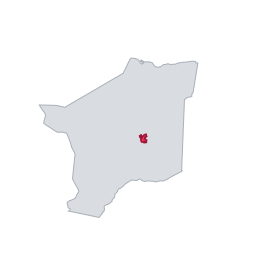 Laikipia West, Rift Valley, Kenya shown in context, rotated 240°
{"feature_id": "3690345B46461276162505", "entity_name": "Laikipia West", "entity_type": "district", "adm_level": 2, "iso_a3": "KEN", "parent_name": "Kenya", "parent_adm1": "Rift Valley", "projection": "robinson", "projection_center": [36.893, -0.075], "detail": "fine", "context": "in_parent", "style": "filled", "palette": "rose", "viewbox_px": 256, "rotation_deg": 240, "n_neighbors": 0, "source": "geoboundaries", "source_scale": "gbopen_adm2", "svg_char_len": 4213}
<svg xmlns="http://www.w3.org/2000/svg" viewBox="0 0 256 256"><g transform="rotate(240 128 128)"><path d="M63.7,153.6L63.7,150.5L64.1,142.6L64.0,135.6L64.4,132.1L65.9,129.9L66.6,128.3L67.1,126.1L67.9,124.3L69.7,122.8L70.0,122.0L71.9,119.5L73.1,116.3L73.9,115.2L75.0,114.2L75.8,113.7L77.0,113.1L78.0,112.8L78.2,112.6L78.3,112.1L77.9,110.1L78.4,109.4L79.0,108.1L79.8,106.9L80.5,106.1L80.9,105.3L81.1,103.9L81.1,102.9L81.1,101.3L80.9,97.7L80.0,94.6L79.6,91.2L79.9,90.0L79.3,88.0L79.0,87.9L78.4,87.5L77.8,85.6L77.3,83.9L77.0,83.4L74.8,81.9L73.8,78.4L72.5,77.6L71.9,74.0L71.8,73.0L72.5,69.5L72.4,68.7L71.7,67.9L69.6,67.2L68.0,65.7L68.2,65.2L68.3,64.7L67.5,64.3L65.0,58.3L68.2,54.6L71.5,51.0L75.7,46.3L79.5,42.0L82.8,38.4L85.8,35.1L85.7,35.7L85.7,36.5L86.1,37.0L86.7,37.4L87.5,37.0L88.3,36.5L89.0,36.4L93.5,37.8L94.2,39.0L94.2,40.2L94.3,41.2L94.0,42.1L93.6,45.0L93.7,47.6L95.1,49.5L96.3,51.0L97.2,53.1L97.9,53.8L98.9,54.1L101.9,54.2L106.5,54.3L110.8,54.4L111.2,54.5L112.1,54.8L116.1,57.7L119.8,60.3L122.9,62.6L125.9,64.8L128.9,66.9L131.1,68.7L133.4,69.3L137.0,69.5L139.6,69.6L141.9,70.3L145.3,71.0L147.9,71.4L149.5,71.8L153.8,72.2L154.5,72.0L156.5,70.0L158.6,66.8L159.4,65.0L162.2,63.2L167.1,60.8L170.5,59.1L174.3,57.3L176.0,58.8L178.4,61.2L179.5,62.4L180.3,63.0L181.6,63.3L183.2,63.3L184.1,63.3L185.8,63.0L190.0,62.7L192.3,62.7L190.3,65.9L188.0,69.8L183.6,76.9L180.3,80.6L177.7,83.4L177.5,83.9L177.5,87.1L177.6,94.8L177.6,110.1L177.7,125.5L177.8,140.9L177.8,148.6L177.8,151.2L180.0,154.4L182.1,157.6L185.0,161.8L186.5,164.0L186.8,164.7L186.7,166.2L184.3,169.4L182.4,170.8L179.8,171.5L179.1,171.3L178.0,170.9L177.6,171.7L177.3,172.8L176.8,172.6L176.3,172.2L176.6,174.3L176.9,175.3L176.5,176.7L175.2,177.9L175.1,179.0L172.4,181.6L168.5,181.9L166.5,183.3L165.6,184.4L164.9,186.7L165.1,190.4L164.0,193.2L163.8,194.6L161.8,196.5L161.0,198.1L160.3,199.8L159.7,200.6L159.1,204.4L158.1,206.7L157.9,207.5L157.6,208.2L156.9,209.5L156.5,210.5L156.1,211.1L153.8,217.0L151.9,219.7L150.5,219.4L149.5,220.4L149.4,220.9L148.9,220.7L147.7,219.7L145.2,217.7L142.8,215.6L140.3,213.6L137.8,211.6L135.4,209.6L132.9,207.6L130.4,205.6L127.9,203.5L126.5,202.4L125.9,201.7L125.4,200.3L125.1,199.9L124.4,199.5L123.7,199.4L123.5,199.1L123.5,198.5L123.7,197.5L124.6,195.6L124.7,194.5L124.6,193.3L124.3,191.3L124.0,190.9L122.4,189.8L119.0,187.7L115.5,185.5L112.1,183.3L108.7,181.2L105.2,179.0L101.8,176.8L98.4,174.6L94.9,172.5L91.5,170.3L88.0,168.1L84.6,166.0L81.2,163.8L77.7,161.6L74.3,159.4L70.9,157.3L67.4,155.1L66.1,154.3L65.0,153.6L63.7,153.6ZM178.0,174.7L177.4,174.9L177.7,173.8L179.5,172.5L180.2,172.8L180.4,173.1L180.3,173.4L180.0,173.6L178.0,174.7Z" fill="#d9dde1" stroke="#a8b0b8" stroke-width="1"/><path d="M115.4,134.6L115.4,134.1L114.8,134.1L114.5,134.1L114.5,133.9L114.4,133.8L114.4,133.7L114.0,133.7L113.2,134.1L113.4,134.8L113.7,134.9L113.4,135.4L113.4,135.5L113.2,135.6L112.9,135.5L112.8,135.4L112.7,135.4L112.4,135.3L112.3,135.2L112.2,135.1L112.2,134.9L112.3,134.8L112.3,134.7L112.2,134.7L112.1,134.4L112.1,134.2L112.1,133.9L112.1,133.7L112.0,133.4L110.8,133.2L110.6,133.2L110.5,132.9L109.8,132.8L109.6,132.7L109.2,132.7L109.1,132.8L109.0,133.0L108.9,133.1L108.7,133.3L108.5,133.5L108.4,133.8L108.4,134.0L108.2,134.3L108.1,134.5L107.9,134.6L107.7,134.6L107.8,134.7L107.7,134.7L107.7,134.8L108.0,135.5L107.1,135.6L106.9,135.6L106.9,135.8L106.7,135.9L106.7,136.0L106.5,136.3L106.4,136.5L106.6,136.6L106.5,136.9L106.7,137.0L106.8,137.1L107.1,137.1L107.8,137.2L108.1,138.1L108.5,137.9L109.0,137.7L109.6,137.5L109.9,137.2L109.9,137.3L110.3,137.2L110.9,137.2L110.9,137.7L111.2,137.8L111.3,137.8L111.4,138.0L111.5,138.2L111.5,138.3L111.6,138.5L111.4,138.7L111.3,138.8L111.2,138.8L111.2,139.1L111.3,139.9L111.6,139.8L111.7,140.0L112.0,140.1L113.0,140.4L113.5,140.6L113.6,140.4L113.6,140.2L113.5,139.9L113.7,139.7L113.8,139.7L113.8,139.3L114.0,138.5L113.9,138.4L113.9,138.2L113.7,138.0L113.7,137.9L113.4,137.7L113.4,137.0L113.3,136.7L113.5,136.5L113.6,136.4L114.1,136.2L114.5,135.5L114.5,135.4L114.8,135.3L114.8,135.2L114.9,135.3L115.0,135.4L115.0,135.5L115.3,135.7L115.3,135.8L115.5,135.9L115.6,135.6L115.4,135.4L115.3,135.2L115.2,135.1L115.2,134.9L115.4,134.6L115.4,134.6Z" fill="#f43f5e" stroke="#9f1239" stroke-width="1.5"/></g></svg>